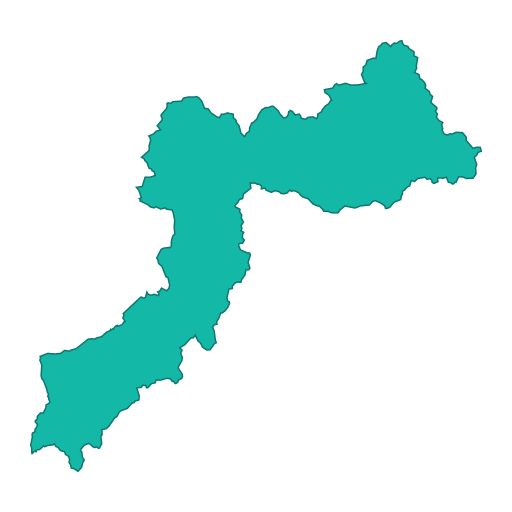 the district of Huancayo, Junín, Peru
{"feature_id": "86281439B94179749418482", "entity_name": "Huancayo", "entity_type": "district", "adm_level": 2, "iso_a3": "PER", "parent_name": "Peru", "parent_adm1": "Junín", "projection": "orthographic", "projection_center": [-75.119, -12.172], "detail": "fine", "context": "isolated", "style": "filled", "palette": "teal", "viewbox_px": 512, "rotation_deg": 0, "n_neighbors": 0, "source": "geoboundaries", "source_scale": "gbopen_adm2", "svg_char_len": 5995}
<svg xmlns="http://www.w3.org/2000/svg" viewBox="0 0 512 512"><path d="M40.1,356.4L40.5,357.5L39.9,360.3L41.8,365.1L41.1,375.8L42.0,379.0L43.6,380.7L47.0,389.9L47.2,391.9L48.5,394.2L47.7,396.3L48.9,398.0L48.7,399.3L49.9,401.8L48.6,403.7L46.1,404.8L45.9,407.8L43.3,412.9L40.5,413.0L37.4,416.2L37.3,418.9L35.2,421.0L35.3,422.0L37.5,424.5L36.7,427.1L35.1,429.2L34.8,431.9L32.7,432.9L32.1,434.1L32.3,437.4L30.7,445.3L31.7,447.9L31.8,453.0L32.1,453.6L34.2,451.4L36.1,451.7L36.5,449.9L39.5,449.6L43.6,446.0L44.9,446.7L47.6,445.5L52.9,444.9L54.3,443.8L56.0,446.6L57.8,447.2L60.4,450.6L64.6,451.7L65.5,454.4L68.5,456.3L69.5,458.8L69.1,462.7L70.5,464.5L71.3,468.1L74.1,468.7L78.0,471.3L81.5,467.5L82.9,462.2L84.3,460.1L82.4,457.2L81.8,452.1L80.5,450.7L80.9,449.3L84.1,445.3L88.3,443.5L90.2,444.2L93.2,447.0L94.8,447.6L96.4,446.8L98.7,448.4L99.5,448.0L101.7,443.6L100.8,436.4L102.1,434.8L101.9,429.6L106.2,428.7L109.1,426.0L114.4,418.2L117.0,416.4L119.3,412.0L121.3,410.6L127.4,408.4L131.9,403.2L134.1,402.6L135.1,401.0L138.9,400.0L139.2,395.4L136.7,387.8L141.2,387.4L143.0,385.1L146.0,385.7L146.4,387.7L147.8,387.7L151.5,383.6L155.1,382.9L156.2,379.9L160.2,380.2L166.7,378.3L170.4,378.8L172.2,381.4L173.7,381.2L174.7,383.1L175.8,383.6L177.6,382.4L178.5,380.0L181.6,378.5L182.5,376.6L182.2,374.2L178.3,368.2L178.4,366.7L181.9,360.5L182.3,357.6L180.7,353.2L182.1,350.2L179.7,347.8L184.7,344.8L190.3,338.6L191.3,337.8L193.2,337.9L195.2,335.1L198.0,341.0L200.6,343.2L202.5,347.2L206.8,350.0L210.2,349.7L214.5,343.5L216.3,342.7L215.3,340.0L214.2,331.0L212.6,327.1L214.4,324.6L217.0,324.3L216.6,321.7L218.5,318.8L220.7,313.0L222.4,312.8L224.8,311.1L227.6,307.6L229.5,303.5L229.4,301.9L227.4,300.6L227.0,297.5L228.9,289.1L232.4,288.5L232.2,286.3L235.1,283.0L237.5,282.0L240.8,282.4L241.7,279.5L244.9,275.1L246.0,269.9L248.7,269.8L249.9,268.1L248.1,262.4L250.4,255.1L250.1,253.9L249.4,252.9L246.9,252.8L240.4,249.8L238.6,245.3L239.2,243.6L242.6,243.2L244.4,240.1L242.3,237.5L242.6,234.4L243.7,232.3L241.1,230.9L241.9,228.1L241.1,225.7L243.4,222.1L241.4,218.3L241.7,215.2L239.7,211.7L239.9,209.2L235.5,207.0L234.7,205.8L237.6,202.8L239.5,199.4L242.6,198.6L243.4,194.1L250.9,188.2L250.1,183.1L255.4,183.1L257.1,184.2L259.2,184.3L261.6,186.0L261.3,188.9L265.2,188.1L266.0,190.1L271.2,192.3L275.2,190.7L279.0,191.6L280.9,193.4L283.9,193.8L287.1,193.0L289.8,190.1L291.4,191.3L293.4,190.7L295.4,191.1L299.0,193.0L300.5,195.2L303.2,197.2L308.2,198.8L313.0,204.0L317.7,206.0L319.3,206.0L322.7,209.3L323.5,211.2L327.8,211.3L331.6,212.8L338.0,212.9L340.2,209.8L344.9,206.0L355.0,208.0L360.9,205.8L369.5,205.0L372.9,201.3L375.5,200.7L381.2,203.3L384.8,205.9L385.5,208.4L386.8,208.5L389.6,207.4L394.1,202.2L400.7,199.6L401.4,195.9L402.5,194.3L402.4,191.2L404.6,190.0L406.8,187.4L409.7,185.9L411.3,180.5L414.6,181.5L417.9,178.5L425.1,177.3L427.0,179.4L429.9,178.5L431.7,180.2L432.2,182.5L434.0,183.4L438.0,181.7L437.5,178.1L441.4,177.8L442.4,178.5L446.4,177.2L448.4,182.3L450.7,182.7L452.4,184.0L453.7,183.8L455.0,182.2L456.0,182.4L458.5,176.9L462.6,176.9L466.5,178.5L473.1,178.2L476.0,173.9L475.6,168.0L476.7,164.5L474.3,157.4L477.0,154.8L478.1,152.3L481.3,151.3L480.2,147.3L476.4,147.3L473.0,148.3L466.3,140.5L466.1,136.9L462.4,132.6L456.0,132.3L452.3,134.0L449.8,133.8L447.7,135.0L444.2,134.1L442.0,130.0L442.7,128.9L441.7,124.6L442.8,122.5L439.0,120.6L436.5,117.4L437.4,114.0L435.4,111.3L436.8,109.2L436.8,107.5L430.8,102.5L432.6,96.5L429.9,94.0L429.4,91.6L425.1,88.2L425.7,85.6L424.7,82.7L421.7,79.5L419.9,78.9L419.0,74.6L414.5,72.5L416.7,68.2L416.3,66.0L417.7,57.6L413.9,55.8L414.1,52.0L413.5,51.3L409.3,48.9L407.9,46.4L404.1,45.3L402.8,43.8L401.9,40.7L399.8,41.1L396.7,43.4L394.3,43.0L392.0,44.7L390.7,46.6L386.2,42.5L382.1,43.4L381.6,44.6L378.6,46.9L377.1,51.1L375.9,58.5L373.7,58.1L367.1,60.4L365.8,65.0L363.2,67.0L363.1,71.6L361.5,74.5L364.6,82.3L366.2,83.3L358.3,84.9L350.9,85.1L345.6,83.3L338.6,85.2L336.6,83.6L334.5,85.0L333.0,88.0L324.4,89.7L324.9,92.4L329.0,95.3L331.7,100.4L330.7,100.5L328.7,103.7L325.2,106.1L322.4,109.6L321.4,111.9L317.6,114.2L317.7,116.5L316.6,118.7L313.0,116.8L307.7,117.4L305.8,119.2L302.7,118.6L301.1,118.1L300.7,116.1L299.2,114.1L295.1,114.9L292.6,111.6L290.3,110.4L288.8,111.6L288.1,114.9L286.5,117.2L283.8,118.1L280.2,114.3L278.0,110.5L273.2,106.3L271.7,106.2L268.3,107.6L265.5,107.6L261.8,109.8L258.7,114.4L257.0,118.8L253.4,122.4L251.7,123.0L249.7,127.7L249.3,131.4L246.6,133.1L244.6,136.6L241.0,133.2L239.0,125.6L236.3,122.4L236.1,120.3L233.4,117.7L233.3,114.2L227.3,112.9L224.5,114.1L221.4,114.2L219.5,117.6L217.0,117.0L211.0,112.9L208.2,108.8L204.5,108.3L201.8,101.2L199.3,98.2L196.6,96.5L195.0,97.0L188.4,97.0L183.4,98.1L181.6,101.1L172.8,101.7L171.0,103.3L167.9,102.9L167.0,103.4L167.2,106.4L166.3,108.8L161.2,114.7L161.1,116.3L162.2,118.1L162.0,120.1L157.2,125.7L160.5,129.9L155.9,131.4L153.7,133.9L148.8,136.0L149.9,137.3L150.6,140.3L149.1,145.7L149.2,150.4L141.5,157.3L144.3,158.9L145.0,160.8L146.9,162.4L149.1,168.3L151.5,169.0L152.0,170.7L154.2,171.7L155.2,175.5L150.2,177.2L145.1,177.2L142.2,186.6L136.4,187.3L138.7,190.1L141.4,197.6L139.3,198.6L140.7,200.0L140.0,200.9L147.6,204.5L150.2,206.8L154.0,207.9L156.0,206.7L160.6,209.0L165.3,207.9L166.5,209.2L172.0,209.9L173.3,213.0L174.7,220.3L174.2,227.4L174.8,234.1L173.2,235.3L172.2,237.9L171.3,242.1L171.3,246.5L169.8,247.9L169.2,247.4L163.5,248.2L161.1,249.4L156.7,258.0L157.8,259.6L158.6,263.5L162.0,266.4L165.9,276.6L168.0,277.7L169.7,285.2L168.9,288.4L166.6,290.8L161.5,288.1L159.8,291.0L157.6,291.9L159.0,293.5L158.5,295.6L154.1,294.2L152.0,295.2L150.0,295.0L147.7,293.8L146.9,292.1L145.4,297.5L143.4,298.3L142.3,297.3L140.8,297.1L123.3,313.5L123.9,314.9L122.9,318.1L125.2,321.3L123.9,321.9L122.1,324.7L117.9,326.2L117.3,325.3L115.3,326.4L113.2,329.2L112.8,328.8L111.2,329.9L110.6,329.4L110.3,330.5L106.5,332.2L101.6,336.7L96.7,337.9L94.4,339.2L92.0,338.7L88.1,339.2L76.3,348.6L70.4,350.3L69.5,351.2L64.6,350.4L60.7,353.4L54.6,354.0L47.8,353.4L40.1,356.4Z" fill="#14b8a6" stroke="#0f766e" stroke-width="1.5"/></svg>